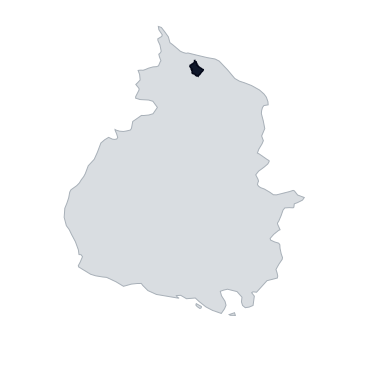 Bar Kaev, Rôtânôkiri, Cambodia (highlighted), rotated 303°
{"feature_id": "14789045B1081275636897", "entity_name": "Bar Kaev", "entity_type": "district", "adm_level": 2, "iso_a3": "KHM", "parent_name": "Cambodia", "parent_adm1": "Rôtânôkiri", "projection": "natural_earth1", "projection_center": [107.211, 13.715], "detail": "fine", "context": "in_parent", "style": "filled", "palette": "ink", "viewbox_px": 384, "rotation_deg": 303, "n_neighbors": 0, "source": "geoboundaries", "source_scale": "gbopen_adm2", "svg_char_len": 5254}
<svg xmlns="http://www.w3.org/2000/svg" viewBox="0 0 384 384"><g transform="rotate(303 192 192)"><path d="M312.5,73.6L313.3,76.7L311.3,82.4L309.2,87.7L305.2,92.2L305.0,95.6L303.7,105.6L304.2,108.7L305.1,111.5L306.4,112.9L309.8,122.7L313.0,131.6L316.1,138.9L316.6,143.5L313.8,155.3L310.5,166.0L310.8,171.4L312.2,176.7L313.7,183.9L314.3,193.0L313.4,199.0L312.0,202.7L309.1,206.5L306.6,208.4L303.6,205.2L301.2,205.1L298.1,206.1L295.5,207.5L290.4,213.1L284.8,218.5L276.9,219.9L273.9,223.9L270.6,224.5L264.4,224.7L260.3,225.6L260.5,227.7L260.2,237.2L260.3,239.5L259.6,240.1L256.8,240.3L252.1,238.9L245.7,236.5L241.1,236.1L238.7,240.3L237.3,241.9L235.6,242.2L233.8,242.9L233.1,244.8L233.0,247.1L233.9,251.1L234.2,257.4L234.0,261.7L235.6,264.4L245.5,273.6L248.4,275.9L248.7,277.2L247.0,282.2L248.5,289.2L245.4,289.1L240.3,286.1L237.8,284.2L234.8,285.7L233.8,285.4L231.8,282.0L229.2,278.5L226.4,278.2L220.7,279.6L214.9,280.6L212.6,280.6L211.7,281.2L208.3,286.4L206.9,285.5L201.0,283.6L195.6,282.8L194.5,284.1L195.1,288.4L196.3,292.6L195.6,294.4L192.7,296.5L188.7,300.5L186.3,303.6L184.7,304.3L178.7,304.2L172.8,304.6L170.4,307.5L168.2,309.7L166.3,310.4L158.5,303.2L143.1,300.7L141.5,297.5L140.0,296.9L138.6,301.0L130.1,305.0L126.6,302.6L124.0,299.7L124.4,296.2L126.8,293.3L131.0,291.2L133.0,284.0L129.8,274.7L127.0,272.0L124.1,269.8L121.0,273.3L118.3,279.2L115.6,282.2L111.7,282.9L106.1,282.7L103.9,273.8L103.2,266.3L104.0,257.6L104.9,252.5L99.5,245.5L99.2,238.8L96.6,235.3L95.8,237.0L95.9,239.0L95.2,237.6L86.7,217.9L85.3,208.7L86.8,201.7L87.7,199.3L85.2,195.6L81.8,191.4L75.6,185.9L75.3,177.1L73.9,166.9L72.1,163.4L69.3,157.0L67.8,151.8L67.4,137.9L68.2,136.8L72.5,136.4L78.1,135.4L79.0,133.1L78.0,131.3L81.6,128.2L86.8,121.3L90.8,114.1L93.6,109.5L95.3,105.0L101.1,98.6L109.1,94.2L114.4,93.2L120.1,91.7L125.4,89.5L128.0,89.3L134.6,91.9L138.2,92.6L142.0,92.5L145.9,92.8L149.3,92.5L157.5,90.7L166.2,92.2L173.9,91.0L183.5,88.9L188.2,90.3L192.4,92.3L193.0,96.6L194.0,98.5L195.4,100.0L197.3,100.0L199.8,97.0L201.8,94.0L202.5,93.4L202.6,94.9L203.6,98.2L205.4,101.5L207.3,103.6L210.3,106.5L212.3,106.6L218.9,103.9L228.7,107.9L229.8,109.8L233.0,113.8L236.4,116.7L244.1,116.9L246.8,109.8L245.5,105.5L241.2,98.0L240.0,93.6L241.4,92.8L248.8,92.0L250.0,91.1L251.6,86.3L253.6,86.8L257.7,87.5L262.0,84.1L264.6,80.6L266.0,82.2L267.5,84.7L269.2,86.1L272.3,88.2L275.7,91.2L277.9,94.1L279.6,95.2L284.0,94.4L285.1,94.5L287.7,91.0L289.5,89.1L291.0,89.6L293.2,89.6L297.8,85.1L300.4,81.0L301.8,79.9L306.0,81.9L307.6,81.5L310.0,75.9L312.5,73.6ZM101.1,262.2L100.2,262.7L99.4,262.7L98.6,261.9L98.7,258.7L99.3,256.8L100.7,256.4L101.1,262.2ZM113.9,293.4L112.1,295.6L109.4,291.2L109.4,289.9L113.9,293.4Z" fill="#d9dde1" stroke="#a8b0b8" stroke-width="1"/><path d="M296.1,122.0L296.1,122.3L296.0,122.5L295.9,122.6L295.9,122.8L295.7,122.9L295.7,123.0L295.6,123.4L295.5,123.5L295.2,124.0L295.1,124.4L295.1,124.5L295.0,124.4L294.8,124.4L294.7,124.4L294.5,124.5L294.5,124.8L294.5,125.0L294.8,125.1L294.7,125.2L294.5,125.4L294.6,125.5L294.5,125.8L294.4,125.8L294.1,125.8L293.9,125.9L293.7,125.7L293.6,125.8L293.6,126.0L293.5,126.3L293.4,126.5L293.0,126.7L292.2,127.0L291.9,127.2L291.9,127.4L291.9,127.5L291.8,127.9L291.8,128.0L291.8,128.3L291.8,128.5L291.9,128.8L292.0,128.8L292.2,129.2L292.3,129.2L292.3,129.3L292.3,129.5L292.3,129.8L292.3,130.0L292.3,130.4L292.3,130.5L292.2,130.6L292.1,130.8L292.0,131.0L292.2,131.3L292.0,131.5L291.9,131.5L291.8,131.8L291.9,132.0L291.9,131.9L291.9,132.0L291.9,132.3L291.9,132.5L292.0,132.5L292.0,132.8L292.1,133.0L292.3,133.2L292.2,133.2L292.2,133.3L292.3,133.4L292.5,133.4L292.6,133.5L292.5,133.8L292.5,134.0L292.7,133.9L292.8,133.7L292.9,133.8L293.2,133.9L293.3,134.0L293.5,134.0L293.9,134.0L294.0,134.2L294.1,134.3L294.3,134.3L294.6,134.4L294.8,134.5L296.3,134.5L296.7,134.6L296.9,134.6L297.3,134.5L297.5,134.6L297.9,134.6L298.0,134.7L298.3,134.7L298.7,134.9L299.0,135.0L299.6,135.0L300.1,135.0L300.5,135.0L300.7,134.9L300.8,134.8L300.7,134.6L300.6,134.4L300.6,134.2L300.6,133.9L300.6,133.7L300.6,133.3L300.5,133.2L300.6,132.9L300.7,132.6L300.7,132.3L300.7,132.1L300.6,131.7L300.6,131.3L300.6,131.0L300.6,130.9L300.7,130.7L300.7,130.2L300.6,129.6L300.5,129.4L300.5,129.2L300.8,129.1L300.8,128.9L300.9,128.7L300.9,128.4L300.7,128.3L300.7,128.2L300.8,128.1L301.0,128.1L301.2,127.9L301.3,127.9L301.4,127.7L301.5,127.6L301.4,127.4L301.5,127.3L301.5,127.2L301.4,127.1L301.5,127.1L301.5,126.9L301.4,126.7L301.5,126.6L301.6,126.4L301.7,126.2L301.8,126.1L302.0,126.0L302.0,125.9L302.1,126.1L302.3,126.1L302.3,125.9L302.4,125.7L302.5,125.6L302.4,125.6L302.4,125.4L302.5,125.4L302.4,125.4L302.4,125.2L302.5,125.0L302.6,124.9L302.8,124.9L303.0,124.8L303.3,124.8L303.4,124.7L303.4,124.4L303.3,124.2L303.4,123.9L303.3,123.7L303.3,123.4L303.2,123.3L303.2,123.2L303.3,123.1L303.2,123.1L303.2,122.9L303.3,122.8L303.3,122.7L302.9,122.9L302.6,123.2L302.4,123.3L302.0,123.3L301.8,123.3L301.5,123.3L301.3,123.2L301.0,123.1L300.8,123.0L300.7,122.9L300.4,122.9L300.2,123.0L299.9,123.0L299.9,122.9L299.7,122.8L299.6,122.7L299.5,122.4L299.4,122.3L299.2,122.3L298.7,122.3L298.4,122.2L298.2,122.1L297.9,121.8L297.8,121.7L297.6,121.6L297.3,121.4L297.2,121.4L297.1,121.5L296.9,121.7L296.7,121.8L296.3,122.0L296.1,122.0Z" fill="#0f172a" stroke="#020617" stroke-width="1.5"/></g></svg>